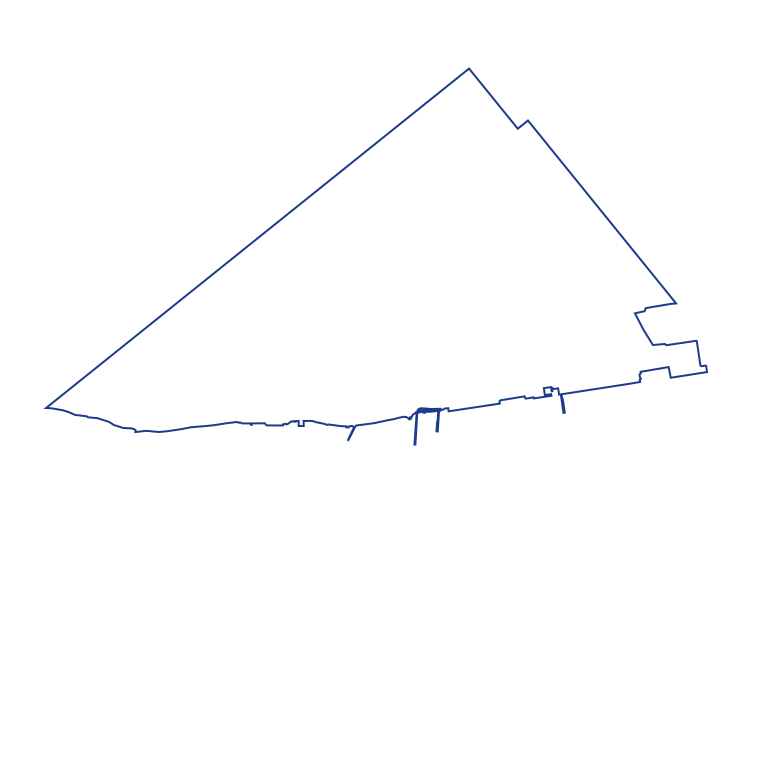 outline of 93, Al Wakrah, Qatar, rotated 51°
{"feature_id": "91078587B9146513397895", "entity_name": "93", "entity_type": "district", "adm_level": 2, "iso_a3": "QAT", "parent_name": "Qatar", "parent_adm1": "Al Wakrah", "projection": "mercator", "projection_center": [51.563, 24.915], "detail": "fine", "context": "isolated", "style": "outline", "palette": "blue", "viewbox_px": 768, "rotation_deg": 51, "n_neighbors": 0, "source": "geoboundaries", "source_scale": "gbopen_adm2", "svg_char_len": 2493}
<svg xmlns="http://www.w3.org/2000/svg" viewBox="0 0 768 768"><g transform="rotate(51 384 384)"><path d="M190.0,661.7L192.2,659.2L193.7,657.7L195.5,656.0L199.5,652.6L202.4,650.0L206.8,647.1L208.8,646.0L213.5,643.6L214.5,642.9L214.8,642.3L222.2,635.2L223.4,635.2L230.2,628.2L240.4,621.5L245.9,619.7L254.1,614.3L259.8,607.9L261.9,606.6L263.5,606.1L264.9,607.4L270.0,599.4L272.1,596.8L276.6,592.3L279.7,589.1L283.7,583.1L287.5,576.8L292.2,568.7L295.8,561.8L299.2,556.7L303.7,550.2L309.3,541.6L314.9,531.9L321.0,522.1L322.7,521.4L323.1,520.1L325.4,519.0L330.9,512.2L332.0,513.1L332.5,512.5L331.5,511.5L339.5,501.4L342.3,501.3L352.6,488.7L351.8,488.0L352.6,487.0L352.6,485.8L354.2,485.0L354.7,482.7L354.7,479.9L356.4,477.2L356.8,477.5L357.6,476.3L357.2,476.0L359.0,473.6L363.0,476.7L366.1,472.8L362.1,469.7L367.7,462.9L370.7,461.0L375.0,457.4L378.5,454.7L379.9,454.1L380.5,452.6L389.1,444.5L391.0,442.5L393.1,440.0L393.9,440.6L395.4,438.9L394.8,438.4L396.0,435.8L397.4,434.7L398.9,434.7L404.8,447.1L405.2,447.0L399.0,433.1L398.7,431.9L408.3,416.2L414.9,403.1L417.7,398.1L419.5,393.9L421.8,389.5L423.4,387.6L423.8,387.7L425.4,386.7L427.5,386.6L427.9,385.1L426.7,385.1L426.3,384.6L427.2,383.4L426.0,381.2L426.3,377.3L426.1,376.6L426.4,376.2L450.2,398.4L450.8,397.7L426.0,375.1L425.3,373.5L425.4,372.3L425.8,371.1L426.9,369.7L431.1,365.1L432.1,364.4L438.9,355.6L439.5,355.8L439.7,356.8L433.7,365.1L427.9,371.7L427.1,372.8L427.7,374.4L428.3,374.6L428.7,373.3L430.2,371.2L430.7,371.1L431.0,371.4L432.0,370.5L431.7,370.1L431.7,369.6L432.5,368.3L435.3,364.6L437.8,360.6L439.0,358.7L447.2,366.3L446.9,366.6L453.8,373.0L454.7,372.1L439.4,358.0L440.4,356.7L440.1,355.6L441.1,354.3L441.4,352.1L443.3,349.3L445.9,351.0L472.1,306.3L470.0,305.0L469.9,303.9L482.1,282.5L483.3,283.1L484.5,283.1L488.6,276.1L489.5,276.6L498.5,261.3L497.1,260.5L493.9,266.0L487.8,262.4L491.5,256.2L495.2,258.2L495.5,257.7L492.7,256.2L493.0,255.6L493.7,256.0L494.5,255.6L497.0,251.4L502.4,254.6L503.3,253.1L519.4,262.7L520.0,261.5L508.6,254.8L508.3,255.3L503.7,252.5L537.9,193.8L543.6,183.7L541.7,182.7L542.0,181.7L541.0,180.8L540.2,181.1L537.5,179.5L537.3,177.8L536.0,176.9L550.0,152.1L559.6,157.2L578.0,125.5L572.6,122.2L571.9,122.7L570.1,125.9L569.4,126.3L568.7,126.4L547.8,114.1L547.2,114.0L546.7,114.5L539.7,126.4L531.5,140.2L529.6,140.6L522.9,150.5L504.5,148.1L487.0,144.5L491.4,135.7L489.8,132.7L502.0,111.1L505.2,106.3L269.8,106.3L269.8,119.4L192.4,119.4L190.0,661.7Z" fill="none" stroke="#1e3a8a" stroke-width="2"/></g></svg>